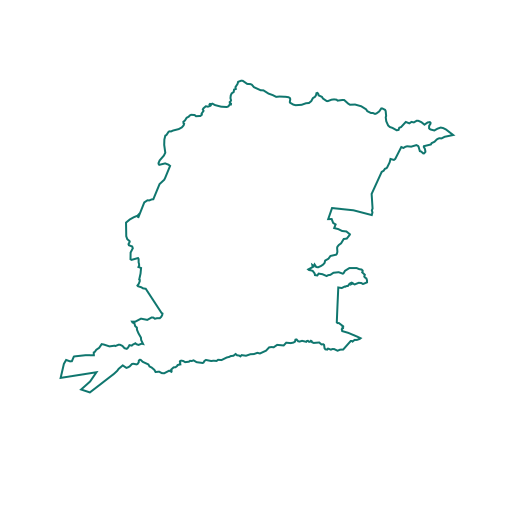 Kota Pematang Siantar, Sumatera Utara, Indonesia (Albers equal-area conic projection), rotated 21°
{"feature_id": "22746128B46755595316405", "entity_name": "Kota Pematang Siantar", "entity_type": "district", "adm_level": 2, "iso_a3": "IDN", "parent_name": "Indonesia", "parent_adm1": "Sumatera Utara", "projection": "albers", "projection_center": [99.064, 2.955], "detail": "fine", "context": "isolated", "style": "outline", "palette": "teal", "viewbox_px": 512, "rotation_deg": 21, "n_neighbors": 0, "source": "geoboundaries", "source_scale": "gbopen_adm2", "svg_char_len": 6059}
<svg xmlns="http://www.w3.org/2000/svg" viewBox="0 0 512 512"><g transform="rotate(21 256 256)"><path d="M371.0,72.4L371.5,70.0L371.2,69.1L370.3,68.7L368.4,69.8L366.2,73.0L362.5,71.8L359.2,71.6L357.6,72.1L355.5,74.7L353.1,75.1L351.6,77.2L347.8,77.2L345.2,83.7L343.8,84.9L343.9,87.2L342.3,88.2L337.4,87.5L334.7,87.6L332.6,86.8L329.3,83.5L327.4,80.0L327.3,78.6L325.1,74.2L324.1,73.3L321.1,73.0L320.1,73.3L319.2,76.9L317.4,79.7L316.2,80.7L314.0,80.6L312.0,81.3L308.0,80.9L306.2,79.6L300.6,78.5L294.2,79.1L289.5,81.1L287.4,80.7L282.5,78.8L280.9,79.3L276.5,81.7L275.2,81.2L272.8,81.8L270.5,83.0L267.5,85.7L266.4,86.0L262.1,85.0L260.5,83.8L256.9,83.6L256.1,82.4L254.9,81.7L254.1,82.3L254.4,84.2L254.1,86.1L252.5,88.3L252.1,91.6L250.6,94.2L247.9,95.5L244.4,98.5L239.0,101.0L236.6,101.3L232.9,100.7L232.4,100.2L231.8,97.4L231.2,96.5L229.6,96.1L226.8,96.7L220.8,98.7L217.8,100.2L214.0,99.8L209.5,99.9L203.6,98.7L200.9,99.6L194.7,99.2L193.5,99.1L190.8,97.6L189.3,97.5L186.1,98.5L180.9,97.2L179.4,97.6L176.9,99.8L177.1,102.0L176.3,105.7L177.3,107.3L175.9,108.5L176.4,110.9L175.0,112.9L174.9,115.2L175.6,117.8L176.9,119.6L176.8,121.0L176.3,121.7L176.6,122.4L178.1,122.8L178.3,123.6L177.1,124.3L176.6,126.2L175.3,127.4L169.9,129.1L163.6,129.8L160.7,129.4L159.8,130.2L158.5,130.5L158.3,131.1L159.7,131.8L159.3,132.4L157.6,133.8L155.5,134.2L154.0,137.0L153.8,138.2L155.0,139.3L154.2,142.6L154.8,143.5L153.9,145.2L149.9,147.0L148.2,146.4L144.9,147.4L143.7,148.7L143.3,150.0L141.7,151.8L141.1,155.0L140.1,156.7L140.8,158.1L141.5,158.3L141.6,160.0L140.7,162.5L138.4,165.2L133.6,168.6L132.0,170.2L130.6,170.6L129.9,171.3L129.0,175.2L128.2,176.1L128.7,180.1L130.5,185.2L134.3,192.1L134.0,195.3L131.8,201.3L131.7,204.3L132.5,205.4L133.1,205.5L138.0,202.1L141.6,202.1L143.5,202.7L143.2,215.6L143.0,217.7L140.2,223.4L139.8,239.8L138.3,240.6L136.4,242.4L134.7,242.9L132.5,246.0L132.3,262.7L131.5,259.5L131.0,260.8L128.1,263.5L125.1,267.1L122.7,271.4L127.8,284.1L129.8,286.4L132.6,287.4L133.0,288.0L132.7,290.6L133.5,291.5L137.0,291.5L138.2,292.9L137.7,297.7L140.0,304.0L141.2,304.2L146.6,300.2L147.5,300.9L148.7,304.0L149.7,305.4L150.3,306.7L150.2,308.4L153.0,308.4L154.5,313.8L155.4,319.8L156.0,319.9L156.5,321.2L156.5,323.9L155.9,326.1L156.6,326.5L160.2,326.3L162.1,326.7L164.8,326.1L188.2,343.0L189.3,343.2L189.6,344.8L189.3,346.8L188.5,348.5L185.9,349.5L184.1,350.8L182.2,350.3L180.6,350.8L177.4,354.6L171.1,355.7L166.8,360.6L163.8,361.7L164.5,362.3L166.6,362.5L168.4,364.8L170.4,365.5L171.3,367.5L174.0,370.3L177.8,373.4L178.9,375.6L182.1,378.6L180.7,378.8L178.2,381.1L175.9,381.2L174.7,380.7L172.6,383.1L172.1,384.2L169.8,384.6L169.4,387.4L168.6,389.0L166.3,389.2L163.5,387.8L160.9,387.6L159.6,388.0L156.9,390.5L156.1,390.4L151.6,392.9L145.6,393.2L143.5,393.6L142.5,397.9L140.5,400.8L139.9,403.2L139.1,404.2L140.2,406.8L132.6,409.6L122.5,414.8L122.0,415.2L121.8,420.2L120.2,421.0L116.0,421.1L115.3,425.5L117.3,439.8L148.7,421.7L146.1,432.6L140.6,443.3L149.8,442.9L165.7,416.8L167.6,412.9L168.2,410.6L170.8,405.9L175.1,406.9L176.3,405.9L177.6,404.4L178.9,401.3L180.0,400.6L183.3,400.0L184.1,399.3L184.6,397.2L184.1,395.7L184.6,394.6L185.5,394.3L188.2,395.4L194.4,395.8L196.2,397.3L198.5,397.5L201.9,398.7L203.8,400.3L207.0,398.7L210.0,399.1L212.3,398.4L216.0,394.2L218.5,394.4L218.5,393.6L217.6,393.1L217.5,392.5L219.0,389.5L220.7,388.7L221.8,386.9L221.9,385.9L224.1,384.4L223.5,383.9L223.7,383.0L222.8,382.0L222.8,381.3L223.6,380.5L225.7,380.1L227.9,380.5L231.3,378.7L232.0,377.5L233.6,377.1L235.1,375.8L238.6,376.4L244.5,375.0L245.2,374.3L245.5,372.4L246.5,371.0L251.8,370.1L253.8,369.0L256.8,368.1L257.8,366.5L261.1,365.5L265.1,361.2L267.3,359.7L268.1,358.6L270.7,357.2L272.1,354.8L273.9,355.5L275.9,355.0L277.4,355.3L278.1,353.7L282.4,352.7L286.0,349.7L289.2,348.3L292.0,345.9L294.6,345.6L299.3,340.8L301.0,336.6L303.2,335.4L305.2,334.9L307.6,331.4L313.9,329.6L315.3,326.1L319.6,324.9L322.0,323.4L323.1,321.9L322.8,320.0L323.4,319.5L323.8,319.4L325.9,320.5L327.3,320.3L329.4,318.7L333.7,318.1L334.0,317.1L334.8,316.6L336.2,317.1L337.1,316.8L337.6,315.5L338.5,315.6L339.2,316.4L341.0,316.5L346.0,314.1L348.8,315.1L350.4,314.3L351.4,314.6L353.1,317.6L354.3,318.3L356.1,317.8L356.2,316.8L356.6,316.6L359.5,316.6L360.6,315.5L362.3,314.9L366.1,315.2L368.1,313.3L370.9,312.1L374.9,301.4L375.9,301.0L376.8,301.3L378.1,299.0L380.1,298.3L382.5,296.3L383.1,295.3L379.3,295.0L369.6,294.7L363.4,295.2L362.3,293.6L362.5,292.6L363.0,292.3L362.3,291.4L362.8,290.9L362.6,290.4L357.4,288.9L356.2,289.4L355.2,289.0L350.3,274.5L344.1,255.9L347.5,255.2L349.8,252.7L350.5,252.6L351.1,251.7L352.5,251.1L353.3,248.3L354.8,246.6L355.5,246.6L355.4,247.8L356.2,247.0L358.3,247.2L361.5,244.2L364.0,243.5L365.8,243.8L366.4,243.4L369.1,240.8L368.4,239.0L367.1,237.4L365.1,236.9L364.4,236.3L364.3,234.5L361.0,233.2L361.0,231.7L360.6,231.3L359.4,230.8L357.1,231.3L354.3,231.2L347.5,233.8L344.4,237.9L343.9,240.7L343.4,241.4L339.0,241.5L334.3,243.9L332.2,246.9L330.3,248.0L329.1,249.4L324.5,249.2L320.8,250.0L320.2,252.2L317.9,252.7L317.0,251.3L314.5,249.7L313.1,249.6L310.5,250.1L309.6,249.8L312.9,246.0L311.8,244.2L313.6,244.7L313.7,242.9L316.2,244.7L318.0,244.3L320.2,242.1L321.7,240.0L322.5,237.9L322.2,235.5L324.6,232.6L325.5,229.3L330.4,226.0L330.7,225.0L330.5,223.0L328.8,219.3L328.7,218.1L329.4,216.0L330.9,213.7L331.8,208.7L334.5,207.2L335.9,202.7L335.9,202.1L331.6,200.7L327.4,201.8L323.1,201.4L319.0,201.9L319.0,198.0L316.2,197.5L313.4,194.4L310.2,195.7L309.8,184.0L330.6,178.4L349.4,176.3L349.1,173.6L347.8,171.9L347.8,169.9L341.7,156.6L343.2,132.4L344.6,130.7L345.1,128.4L346.4,127.2L346.7,126.2L347.2,120.7L346.8,117.2L350.3,116.9L351.2,115.5L352.6,102.2L354.9,102.3L356.3,100.5L357.8,99.4L361.7,98.3L366.0,95.0L367.9,95.2L368.5,95.6L371.4,99.4L372.8,99.3L375.4,100.3L376.1,100.0L376.8,98.2L376.6,97.5L375.3,95.5L373.5,94.0L373.4,93.3L379.3,89.2L379.5,87.7L381.7,85.4L383.0,82.4L384.0,81.2L384.9,80.4L387.1,79.7L389.4,77.1L396.7,72.4L388.0,69.8L384.9,69.5L382.4,69.9L379.8,72.1L377.5,74.9L373.9,75.3L372.7,75.2L371.8,74.7L371.0,72.4Z" fill="none" stroke="#0f766e" stroke-width="2"/></g></svg>